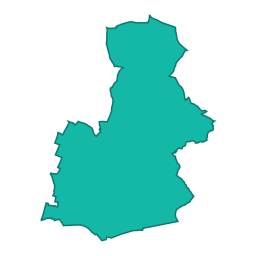 Iclod, Cluj, Romania
{"feature_id": "2599482B98447640096119", "entity_name": "Iclod", "entity_type": "district", "adm_level": 2, "iso_a3": "ROU", "parent_name": "Romania", "parent_adm1": "Cluj", "projection": "natural_earth1", "projection_center": [23.813, 47.003], "detail": "fine", "context": "isolated", "style": "filled", "palette": "teal", "viewbox_px": 256, "rotation_deg": 0, "n_neighbors": 0, "source": "geoboundaries", "source_scale": "gbopen_adm2", "svg_char_len": 5753}
<svg xmlns="http://www.w3.org/2000/svg" viewBox="0 0 256 256"><path d="M177.9,221.4L176.6,218.9L176.2,218.4L175.4,215.8L175.4,214.6L175.8,211.8L176.2,210.4L176.7,209.6L177.8,208.7L182.0,205.9L185.0,204.9L185.9,204.3L186.6,203.6L187.8,202.9L189.5,202.1L190.1,201.5L190.5,200.3L190.9,199.8L191.3,199.2L192.5,198.2L193.2,196.7L193.7,196.4L190.9,192.4L190.6,191.7L189.1,190.4L189.0,189.2L188.4,188.4L187.2,187.5L186.6,186.9L186.3,186.4L186.2,185.2L185.0,184.1L184.7,183.5L184.5,182.8L184.2,182.1L182.9,180.7L182.5,180.1L180.9,178.4L178.7,177.2L178.1,176.6L178.0,176.3L176.4,175.4L177.0,174.0L177.9,170.6L178.5,169.5L179.1,168.8L179.8,167.5L179.9,166.9L179.8,166.4L179.2,164.9L178.8,164.2L178.1,163.7L177.6,163.3L176.8,161.6L176.7,161.0L176.3,160.3L176.2,159.6L175.7,159.0L175.7,157.9L175.4,156.7L175.2,156.3L174.5,156.5L172.0,153.3L175.1,152.8L175.2,152.7L175.3,152.2L175.0,151.5L175.2,151.2L175.5,151.1L175.9,151.3L176.0,152.0L176.6,151.4L176.3,150.5L176.9,149.9L177.2,149.8L177.5,149.4L177.5,149.0L178.0,148.7L178.2,148.3L179.4,148.2L181.2,148.8L182.0,148.6L182.2,148.4L182.4,147.3L182.6,146.9L183.2,146.5L184.5,146.1L185.2,145.5L185.6,144.7L185.7,144.3L185.7,143.2L185.9,142.8L186.3,142.3L187.4,141.7L188.2,141.6L190.0,141.6L191.8,140.7L192.9,140.8L193.6,141.0L194.7,141.6L195.4,142.4L195.5,142.9L195.7,143.1L195.9,143.2L198.0,142.8L198.7,142.5L200.2,141.6L200.8,141.4L201.3,141.5L202.1,142.0L202.4,142.1L203.7,141.8L205.1,141.1L205.5,140.6L206.5,140.4L206.8,140.3L207.0,139.9L206.9,139.2L206.6,138.6L206.6,138.0L207.4,137.2L207.5,136.8L207.3,136.2L207.2,135.4L207.3,134.5L207.9,133.2L208.6,132.1L209.1,131.7L210.7,130.9L212.6,130.4L213.0,130.0L213.1,129.3L213.2,128.4L213.1,127.6L213.2,126.6L213.2,125.5L212.8,125.0L211.9,124.3L211.9,124.1L212.2,123.4L213.0,122.3L214.6,121.1L213.8,121.0L212.9,120.6L212.8,120.4L211.9,120.0L211.4,119.6L210.8,118.7L210.5,118.5L206.5,116.7L205.7,116.2L201.7,114.4L201.3,113.9L204.9,112.7L205.7,112.2L206.7,111.5L204.7,110.2L204.0,110.7L203.4,110.8L202.0,110.8L201.1,110.4L200.4,109.8L197.5,106.2L196.6,106.0L194.9,104.7L194.3,104.4L194.2,104.2L193.7,104.0L192.8,103.6L191.4,103.6L190.7,102.4L190.6,102.0L190.1,101.1L189.7,99.3L189.2,98.8L189.2,98.2L188.6,97.4L185.5,100.1L185.2,99.7L184.9,99.0L184.7,97.8L184.4,95.5L184.1,94.1L184.0,93.1L183.7,91.8L183.2,90.7L183.0,89.9L182.7,89.1L181.6,87.2L180.0,86.0L179.3,85.4L178.4,84.2L177.6,82.4L175.3,77.7L174.6,77.6L169.7,76.4L169.1,76.1L173.0,72.1L173.4,71.5L174.7,67.2L175.7,65.2L175.8,64.1L175.9,63.7L176.0,63.7L176.3,62.8L176.9,61.9L179.3,59.1L181.9,56.5L182.8,55.1L183.3,53.9L184.7,51.3L184.9,50.8L187.1,50.3L183.4,47.3L179.2,43.5L178.1,41.6L177.7,40.6L177.0,39.2L176.9,38.7L176.6,36.1L176.1,33.2L175.5,30.7L175.6,30.2L175.6,28.7L175.3,27.5L175.2,27.3L174.7,27.2L173.7,26.7L161.7,22.6L159.0,21.1L156.6,19.7L154.0,18.9L151.9,17.8L151.0,17.2L149.9,15.4L149.7,15.4L149.4,15.7L149.4,17.7L149.2,19.5L147.8,23.2L147.3,22.5L146.9,22.4L145.7,22.7L145.1,22.9L143.7,22.9L141.0,22.7L136.9,22.9L131.6,21.8L130.2,21.8L129.1,22.0L123.1,23.7L121.0,24.4L119.6,25.1L118.2,25.4L116.1,26.6L116.1,27.6L116.0,28.2L114.3,28.1L110.1,28.5L108.8,28.2L107.7,28.2L106.7,27.7L107.1,28.8L107.2,30.1L107.2,31.3L107.0,32.5L106.8,35.5L106.9,36.5L106.8,40.2L106.5,42.7L106.5,44.4L106.9,45.4L107.4,47.7L107.7,49.0L108.4,50.8L108.4,51.3L108.8,52.8L109.4,54.8L109.7,57.4L110.0,58.3L111.8,61.5L113.3,63.5L114.5,66.5L115.0,66.4L115.9,66.0L118.0,66.6L121.0,67.0L123.0,67.7L122.6,68.1L121.6,68.5L121.0,69.4L119.7,70.7L119.2,71.4L118.1,73.9L117.8,74.7L117.9,75.4L117.5,76.1L117.0,79.9L116.7,81.3L114.2,83.4L112.8,86.3L112.0,87.6L111.7,87.9L111.1,87.5L110.7,87.9L110.3,88.9L110.2,89.7L110.3,90.5L110.6,91.9L111.0,93.0L111.3,94.6L111.3,95.9L112.3,97.8L113.1,99.7L113.1,100.5L112.9,101.1L112.9,103.3L111.7,107.7L111.5,111.4L110.5,113.8L110.1,115.2L109.5,116.9L109.3,117.0L107.3,121.9L102.6,121.5L99.3,121.7L99.3,122.9L99.7,125.7L100.4,127.6L100.1,128.0L99.9,128.4L100.0,128.5L100.5,128.5L100.7,129.2L100.6,129.3L99.4,129.6L100.7,132.2L99.4,132.7L98.9,133.4L97.9,134.4L96.1,136.3L94.6,134.9L93.8,133.6L93.2,131.9L93.0,131.3L93.0,130.5L92.5,129.1L92.2,128.5L91.3,127.5L90.5,127.1L85.3,123.7L80.3,122.3L78.2,121.4L75.4,124.8L74.8,124.7L74.3,124.5L74.1,124.2L74.0,123.5L73.4,123.0L72.7,123.0L72.4,122.6L71.6,122.7L71.4,122.5L70.8,122.5L68.9,121.5L68.2,121.3L68.3,121.5L69.2,122.0L69.0,122.6L68.8,123.3L66.0,128.6L64.2,131.8L62.7,134.9L59.1,132.9L58.1,132.5L57.1,137.1L56.6,138.2L56.3,139.3L54.8,143.0L56.5,143.5L57.8,144.2L59.7,144.8L55.4,154.9L57.7,155.7L59.3,156.6L62.0,157.3L60.1,162.4L57.7,167.5L59.2,168.2L60.3,169.0L58.3,172.2L57.4,173.9L55.9,174.0L55.2,173.8L54.5,174.0L52.2,173.6L51.0,173.0L50.7,173.3L50.4,173.9L51.4,175.3L51.9,176.6L53.0,179.8L53.2,180.9L53.3,181.4L53.9,183.1L53.9,183.3L54.2,183.7L54.7,185.1L54.7,185.4L54.5,185.5L54.7,186.6L54.2,190.1L54.0,190.3L54.0,190.5L53.9,190.7L54.1,190.7L54.2,190.9L54.3,192.3L53.8,194.0L52.9,195.6L54.4,196.3L56.0,196.8L54.9,201.9L55.2,202.0L58.0,202.1L57.8,206.5L56.6,206.7L55.1,205.9L53.9,205.9L52.2,205.7L50.9,205.6L50.1,205.3L48.5,205.5L48.2,205.0L48.5,204.2L48.4,203.9L48.2,203.5L47.6,203.2L46.6,203.2L46.1,203.0L44.5,209.3L44.4,209.8L43.0,214.9L41.9,218.2L41.4,219.3L41.7,219.4L41.5,220.3L44.2,219.5L46.5,218.3L48.0,218.1L51.9,218.2L51.9,218.9L52.0,219.0L54.2,219.2L54.4,220.5L59.4,219.2L60.0,220.2L62.0,222.9L63.5,225.7L65.6,225.4L67.0,225.5L76.1,225.0L78.5,225.0L80.3,225.0L83.2,225.7L86.3,227.0L86.8,227.3L90.2,230.1L90.9,231.1L91.6,231.9L93.3,233.1L95.0,234.7L96.0,234.4L96.6,234.2L99.4,237.5L101.8,240.6L106.0,239.6L107.0,236.9L111.5,238.0L116.1,236.0L122.1,233.8L132.7,230.7L136.5,230.4L137.3,230.5L139.0,230.1L142.2,230.3L142.6,230.1L142.9,229.4L143.0,228.7L142.9,228.4L143.2,228.2L177.9,221.4Z" fill="#14b8a6" stroke="#0f766e" stroke-width="1.5"/></svg>